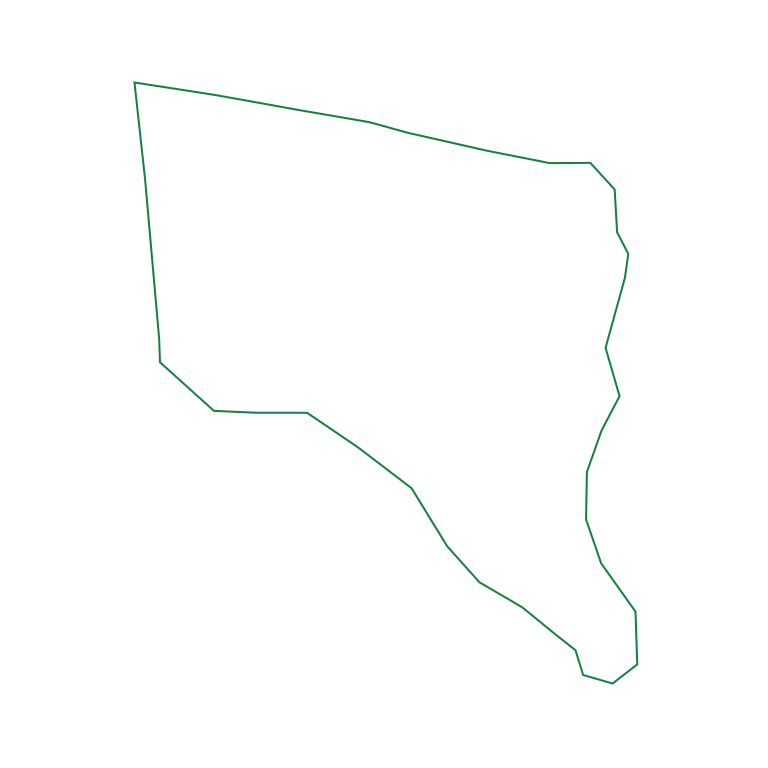 Bayaut, Sirdaryo, Uzbekistan, rotated 10°
{"feature_id": "79887680B47457060484858", "entity_name": "Bayaut", "entity_type": "district", "adm_level": 2, "iso_a3": "UZB", "parent_name": "Uzbekistan", "parent_adm1": "Sirdaryo", "projection": "robinson", "projection_center": [68.989, 40.333], "detail": "fine", "context": "isolated", "style": "outline", "palette": "green", "viewbox_px": 768, "rotation_deg": 10, "n_neighbors": 0, "source": "geoboundaries", "source_scale": "gbopen_adm2", "svg_char_len": 596}
<svg xmlns="http://www.w3.org/2000/svg" viewBox="0 0 768 768"><g transform="rotate(10 384 384)"><path d="M671.2,564.5L629.0,522.9L606.5,482.3L599.1,435.4L606.4,391.7L618.1,355.1L595.9,309.9L602.8,237.8L602.0,213.5L587.2,194.0L577.4,152.4L548.8,130.4L508.7,137.7L445.2,136.4L363.9,132.5L324.4,128.7L252.9,129.0L169.4,128.7L85.9,130.4L113.0,223.3L154.8,378.8L159.6,401.5L221.2,440.0L263.1,434.5L313.2,425.7L369.4,450.9L429.3,481.9L474.3,532.7L512.4,562.7L559.1,580.0L595.7,600.5L618.8,612.9L630.7,636.0L661.1,639.3L682.1,616.1L671.2,564.5Z" fill="none" stroke="#15803d" stroke-width="2"/></g></svg>